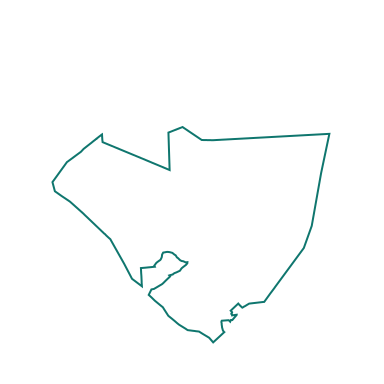 Santo Tomás Jalieza, Oaxaca, Mexico (Mercator projection), rotated 301°
{"feature_id": "50627088B89424394811224", "entity_name": "Santo Tomás Jalieza", "entity_type": "district", "adm_level": 2, "iso_a3": "MEX", "parent_name": "Mexico", "parent_adm1": "Oaxaca", "projection": "mercator", "projection_center": [-96.659, 16.876], "detail": "fine", "context": "isolated", "style": "outline", "palette": "teal", "viewbox_px": 384, "rotation_deg": 301, "n_neighbors": 0, "source": "geoboundaries", "source_scale": "gbopen_adm2", "svg_char_len": 2935}
<svg xmlns="http://www.w3.org/2000/svg" viewBox="0 0 384 384"><g transform="rotate(301 192 192)"><path d="M120.9,92.3L117.5,110.2L117.1,111.7L111.1,138.4L111.1,139.1L110.6,140.7L109.8,144.5L109.5,146.3L108.5,148.0L95.6,170.7L86.7,185.3L85.4,197.6L86.3,197.0L88.4,195.5L89.4,194.9L91.8,193.3L93.9,191.9L95.6,190.7L96.3,190.2L100.5,187.4L103.4,191.4L105.2,193.8L106.2,195.2L108.6,198.3L108.8,198.6L109.5,197.6L111.0,197.8L111.9,197.8L113.0,198.0L114.2,198.4L115.1,198.8L116.3,199.3L117.1,199.7L117.4,199.8L118.1,199.9L119.4,199.8L120.7,199.6L121.6,199.2L123.0,198.6L125.2,198.5L125.6,198.9L126.4,199.9L127.0,200.5L127.6,201.2L128.2,202.1L129.0,204.0L129.7,206.5L129.5,207.9L129.3,209.1L129.3,210.6L128.7,211.8L128.2,212.7L128.1,214.2L127.7,215.7L127.4,217.1L127.5,218.2L127.5,218.6L128.1,220.1L128.3,221.4L128.4,222.8L129.5,224.2L128.5,224.7L126.5,224.4L123.0,223.0L121.3,222.4L120.3,222.3L118.3,222.2L116.8,221.2L115.0,220.0L113.5,218.8L112.3,218.2L111.4,218.0L110.5,217.1L109.6,216.2L108.8,215.5L108.4,216.7L107.3,216.5L106.4,216.2L105.0,215.8L103.5,215.4L102.8,215.2L100.8,214.7L100.4,214.6L99.2,214.3L97.9,213.9L97.0,213.5L96.0,212.9L95.6,212.7L92.8,211.2L91.5,210.5L89.3,209.3L87.6,207.4L81.5,207.9L80.8,211.5L79.7,216.1L78.6,223.4L78.2,226.4L77.1,228.5L74.8,233.2L73.7,235.4L73.5,236.7L73.1,239.7L72.5,243.6L71.9,247.0L71.6,249.3L71.5,257.0L71.5,257.4L71.4,257.9L71.4,259.5L72.6,262.2L73.6,264.5L74.3,266.0L74.7,267.1L75.1,267.9L76.0,269.9L75.9,274.4L75.9,281.8L74.0,287.6L88.4,291.8L88.4,291.7L88.5,291.6L88.6,291.4L88.6,291.2L88.8,290.9L88.8,290.7L89.0,290.4L89.2,289.9L89.7,289.3L90.6,288.4L91.3,287.6L91.7,287.3L92.4,286.8L93.4,285.9L94.5,285.2L95.3,284.5L95.7,284.1L96.8,283.8L97.0,283.8L100.9,289.3L100.9,289.7L100.9,290.0L100.5,291.5L102.0,291.3L102.2,291.2L102.3,291.3L102.6,291.8L103.0,292.5L109.6,293.6L109.8,293.5L106.9,289.9L107.6,289.4L107.8,288.9L107.8,288.4L108.1,288.3L108.7,288.4L109.2,288.5L109.3,288.4L109.6,288.3L109.8,287.8L110.2,286.3L119.8,289.0L120.2,289.1L119.6,291.0L118.9,294.0L118.8,294.3L118.8,294.7L119.3,295.0L119.8,295.3L120.0,295.4L120.6,295.6L121.1,296.0L121.8,296.4L123.4,297.2L124.5,297.8L125.8,298.5L134.5,309.8L135.0,310.5L145.6,311.4L147.4,311.6L152.3,312.1L152.6,312.1L153.9,312.2L201.6,316.7L224.6,312.1L274.8,292.9L312.6,279.8L247.2,183.3L241.6,173.6L242.8,150.4L230.8,141.2L199.3,161.5L196.8,144.3L196.5,142.4L196.5,142.2L193.5,121.9L188.7,89.7L190.5,88.3L195.0,85.2L194.4,84.9L193.7,84.7L193.4,84.6L193.2,84.5L193.0,84.4L192.9,84.4L192.7,84.3L192.0,84.0L191.7,83.9L191.0,83.6L190.6,83.5L190.1,83.3L189.9,83.2L189.2,83.0L188.9,82.8L188.6,82.8L188.6,82.7L187.8,82.4L186.5,82.0L186.4,81.9L186.1,81.8L185.7,81.7L185.4,81.5L184.9,81.3L184.7,81.3L183.8,80.9L183.7,80.9L183.1,80.7L182.6,80.5L181.7,80.2L181.1,79.9L180.7,79.8L180.5,79.7L180.2,79.6L178.4,78.9L173.1,76.9L169.3,76.1L153.2,69.4L128.6,67.3L122.0,74.1L121.4,82.5L120.9,92.3Z" fill="none" stroke="#0f766e" stroke-width="2"/></g></svg>